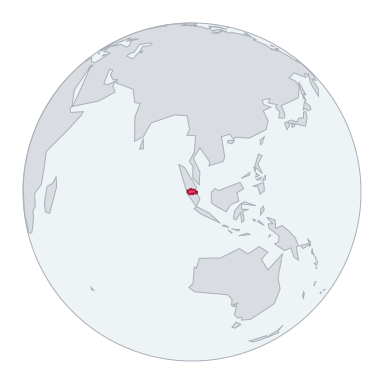 Jambi highlighted on a globe, orthographic projection, rotated 20°
{"feature_id": "IDN-1930", "entity_name": "Jambi", "entity_type": "Province", "adm_level": 1, "iso_a3": "IDN", "parent_name": "Indonesia", "parent_adm1": "", "projection": "orthographic", "projection_center": [102.763, -1.764], "detail": "fine", "context": "on_globe", "style": "filled", "palette": "rose", "viewbox_px": 384, "rotation_deg": 20, "n_neighbors": 0, "source": "natural_earth", "source_scale": "10m", "svg_char_len": 8797}
<svg xmlns="http://www.w3.org/2000/svg" viewBox="0 0 384 384"><g transform="rotate(20 192 192)"><circle cx="192" cy="192" r="169" fill="#eef3f6" stroke="#a8b0b8"/><path d="M350.3,237.6L350.0,238.9L350.0,239.0L350.3,237.6ZM267.4,40.8L266.4,40.3L266.9,40.5L267.4,40.8ZM261.3,37.9L261.9,38.2L264.5,39.4L259.1,37.2L261.7,38.5L251.2,34.0L259.3,37.1L260.3,37.5L261.3,37.9ZM246.2,32.1L244.2,31.4L245.4,31.8L246.2,32.1ZM49.5,101.3L47.0,106.4L51.7,99.7L52.7,104.1L56.8,103.5L67.6,89.5L61.0,90.1L65.1,83.7L74.6,77.6L81.2,78.1L83.0,75.8L83.2,70.6L89.3,66.4L83.9,68.6L82.7,70.9L79.3,72.6L80.2,70.7L82.2,69.1L81.5,68.2L71.8,76.8L69.6,80.0L65.0,82.2L60.8,88.0L58.0,91.1L63.9,82.4L66.8,79.2L72.5,72.6L82.6,63.2L93.5,54.7L94.4,54.3L96.6,52.9L102.1,49.3L101.8,49.8L106.9,46.5L111.0,45.0L110.3,44.3L116.7,40.9L122.6,38.3L124.6,37.3L114.9,41.7L111.2,43.6L108.2,45.4L97.9,51.7L97.6,51.9L108.6,45.1L120.1,39.1L132.0,34.1L134.1,33.3L139.5,31.7L135.0,35.1L130.0,36.8L129.2,36.3L124.1,39.5L127.3,37.9L127.1,38.5L133.2,36.1L133.4,36.5L138.9,33.8L139.8,34.1L136.3,35.8L146.0,33.3L149.5,33.7L151.6,33.0L152.9,32.1L156.5,33.7L157.9,33.2L157.3,32.4L159.7,30.9L165.3,29.2L166.2,29.8L164.3,30.5L161.8,33.3L156.6,35.6L157.5,35.7L162.3,33.9L165.4,30.5L168.5,29.3L167.7,30.7L168.3,30.1L170.1,29.7L172.8,30.1L174.0,28.6L193.0,25.9L200.1,27.0L197.3,28.1L211.6,28.7L218.6,31.0L217.9,30.1L224.4,30.5L222.3,29.7L222.5,29.4L238.0,31.5L242.4,32.9L248.4,33.9L248.1,33.6L245.2,32.5L251.2,34.0L261.7,38.5L261.9,38.8L268.3,41.9L267.8,42.6L270.4,44.9L266.0,44.7L268.4,47.0L270.7,48.0L275.7,52.4L278.0,58.8L266.1,49.0L260.6,41.0L262.0,43.6L258.7,41.8L257.3,42.2L258.6,44.5L260.5,45.4L247.2,45.1L244.2,51.6L251.7,52.6L256.6,56.0L259.7,67.0L246.4,80.4L252.8,87.2L253.3,91.1L248.1,92.7L247.2,86.8L241.7,84.0L242.0,80.8L233.3,82.1L233.3,77.6L226.5,81.4L229.3,85.3L237.0,85.4L231.1,91.3L239.1,99.1L240.3,107.8L227.4,121.9L214.0,125.6L213.2,128.5L207.8,124.7L200.7,130.0L210.8,147.8L210.6,152.8L199.0,161.6L198.7,157.8L184.4,147.8L181.7,159.8L192.6,170.6L196.3,183.0L188.0,178.7L184.2,167.8L179.1,164.0L180.5,153.4L176.2,137.9L167.8,140.4L168.4,134.3L161.3,121.9L149.2,125.5L130.0,141.1L127.3,156.9L120.7,163.9L112.7,141.1L113.0,126.3L107.7,127.7L101.5,115.7L83.7,115.4L83.4,111.8L79.5,113.6L75.5,110.2L75.9,104.5L72.4,105.0L72.1,120.3L76.1,119.9L82.4,113.7L81.3,119.4L85.5,124.4L73.0,138.6L50.3,152.5L51.7,140.8L53.6,110.9L55.6,107.5L55.8,107.1L56.1,106.5L52.4,112.0L54.0,106.4L49.0,126.8L46.5,136.0L49.9,153.2L48.7,155.1L50.9,158.7L62.4,153.7L61.7,157.6L53.9,176.6L41.2,203.5L45.1,221.2L47.8,236.5L44.6,247.3L49.7,259.2L48.8,263.7L51.9,270.5L53.9,278.0L55.4,285.3L52.8,286.3L48.8,280.2L41.7,268.7L31.6,245.2L29.0,236.3L26.8,227.1L24.9,217.1L24.4,213.8L23.3,200.8L23.1,187.7L23.9,174.7L25.8,161.7L28.6,149.0L32.4,136.5L37.2,124.3L42.9,112.5L49.5,101.3ZM68.4,76.8L63.5,82.7L63.7,82.2L59.1,87.8L62.8,83.2L64.3,81.4L68.4,76.8ZM84.3,86.6L90.7,87.2L94.4,78.9L97.1,78.7L97.4,76.2L94.6,78.4L96.1,71.8L101.3,69.7L103.8,66.5L101.8,66.2L92.2,71.3L89.9,80.4L85.6,83.8L84.3,86.6ZM59.0,87.7L59.4,87.3L56.5,91.1L57.5,89.7L59.0,87.7ZM64.6,91.9L61.4,94.7L61.7,93.5L62.7,92.7L64.6,91.9ZM57.3,92.6L57.4,94.1L56.5,93.7L57.3,92.6ZM157.9,26.5L157.2,26.7L155.8,27.0L157.5,26.6L157.9,26.5ZM164.0,25.4L163.8,25.4L163.7,25.4L164.0,25.4ZM129.8,315.9L133.3,318.0L131.0,318.2L129.8,315.9ZM63.0,233.3L65.5,260.6L61.1,260.9L57.1,253.0L53.9,236.5L58.0,231.7L59.1,224.2L63.0,233.3ZM238.5,215.1L243.5,216.4L243.2,217.2L238.5,215.1ZM233.3,211.9L239.1,212.6L232.3,213.5L233.3,211.9ZM241.3,213.0L247.1,212.0L249.6,210.9L249.1,212.6L241.3,213.0ZM229.4,211.6L208.1,209.7L199.6,207.0L201.6,204.2L215.4,205.9L229.4,211.6ZM201.0,204.1L188.0,195.1L170.1,170.7L176.5,171.4L195.2,186.5L194.0,188.9L201.8,195.8L201.0,204.1ZM232.3,191.3L231.0,198.8L219.3,197.1L213.9,195.5L210.2,185.6L212.3,180.9L216.7,181.4L233.6,166.6L239.5,171.1L234.4,177.4L239.2,184.3L232.3,191.3ZM128.0,158.5L131.5,168.1L127.9,169.7L128.0,158.5ZM240.4,156.2L233.6,162.4L239.7,153.8L240.4,156.2ZM243.9,148.0L244.4,151.5L241.6,147.8L243.9,148.0ZM213.1,133.0L208.4,133.5L208.3,131.1L214.1,129.2L213.1,133.0ZM241.1,115.4L241.2,122.0L240.4,124.2L238.2,120.0L241.1,115.4ZM169.2,27.0L160.1,28.4L154.4,30.0L152.4,31.4L151.3,30.4L160.1,27.9L169.2,27.0ZM189.9,25.8L191.6,25.1L193.5,25.4L193.4,25.6L189.9,25.8ZM189.1,25.4L186.3,24.7L188.9,24.3L190.7,24.9L189.1,25.4ZM170.7,24.8L167.9,25.2L168.6,24.9L170.7,24.8ZM311.4,301.3L311.5,303.3L306.7,307.7L300.9,311.9L297.0,312.3L311.4,301.3ZM276.0,305.6L277.7,299.2L283.2,299.8L279.3,305.0L276.0,305.6ZM315.3,298.1L319.6,293.2L323.1,286.1L320.4,292.9L321.6,294.3L312.3,303.1L315.3,298.1ZM260.9,276.3L228.4,284.9L221.7,282.7L224.3,277.7L219.8,261.7L222.1,262.3L221.7,251.8L241.4,244.2L255.8,228.9L265.7,231.1L273.9,220.2L283.8,222.5L280.3,231.5L289.9,239.4L298.2,219.3L302.2,243.3L308.0,253.1L307.5,268.7L290.5,291.8L282.4,295.4L281.7,292.7L278.1,294.8L273.7,292.8L272.9,283.9L269.3,286.0L273.5,280.2L267.9,285.0L266.4,279.3L260.9,276.3ZM331.1,247.7L332.1,248.8L333.1,253.6L331.5,252.2L331.1,247.7ZM347.7,241.2L347.6,243.4L346.8,243.3L347.7,241.2ZM350.0,239.0L349.0,239.1L350.3,237.6L350.0,239.0ZM338.6,236.1L338.9,237.8L338.5,238.1L338.6,236.1ZM338.3,235.4L339.2,233.3L338.8,235.7L338.3,235.4ZM334.2,221.1L334.9,220.1L335.2,221.1L334.2,221.1ZM250.8,217.2L257.8,212.0L261.5,212.0L250.8,217.2ZM333.3,218.2L331.5,217.5L331.8,216.3L333.3,218.2ZM333.6,215.5L333.5,213.7L334.4,218.0L333.6,215.5ZM330.3,210.6L332.4,214.3L330.0,210.9L330.3,210.6ZM328.9,210.6L327.3,208.8L327.4,208.4L328.9,210.6ZM309.0,208.1L315.3,219.6L309.9,218.1L304.0,210.6L298.9,215.4L287.5,212.5L290.3,209.3L288.9,203.6L276.8,199.6L274.4,195.8L278.8,194.1L270.7,190.2L279.6,189.9L283.1,197.6L288.1,192.7L296.5,195.6L304.4,199.5L310.6,206.2L309.0,208.1ZM279.4,205.7L280.9,205.9L279.5,207.9L279.4,205.7ZM324.2,203.9L326.5,208.1L326.2,209.0L325.0,208.1L324.2,203.9ZM312.0,205.3L318.7,200.9L320.3,201.3L315.8,207.1L312.0,205.3ZM317.2,196.6L320.2,198.2L321.7,201.9L321.1,202.7L317.2,196.6ZM261.3,196.5L260.9,198.4L258.5,196.6L261.3,196.5ZM264.3,195.7L271.3,198.8L263.6,197.3L264.3,195.7ZM242.6,186.3L244.7,191.2L251.4,188.9L246.3,192.7L250.7,200.9L249.1,203.7L244.7,194.8L243.0,203.3L240.1,202.9L238.5,195.3L241.6,186.6L244.5,183.2L256.6,183.0L242.6,186.3ZM264.3,190.0L262.4,184.3L263.8,180.9L265.9,184.0L264.3,190.0ZM256.7,170.8L251.6,164.2L247.0,166.0L256.1,158.6L259.6,166.1L256.7,170.8ZM252.2,157.1L247.9,158.7L252.2,154.3L252.2,157.1ZM246.8,156.6L246.2,152.4L249.6,153.3L246.8,156.6ZM254.4,157.5L255.0,150.7L256.8,154.9L254.4,157.5ZM244.4,143.2L251.9,150.6L242.3,146.7L241.4,133.7L245.4,133.8L244.4,143.2ZM263.6,97.0L262.3,93.7L265.8,93.5L265.7,95.8L263.6,97.0ZM276.1,91.4L266.4,92.5L258.3,94.0L261.1,95.9L259.8,101.0L255.3,95.4L260.5,90.4L266.7,90.3L267.1,86.2L271.3,84.2L269.5,79.0L271.1,77.3L274.6,82.2L276.1,91.4ZM268.4,76.8L266.8,68.6L273.7,71.1L275.6,73.5L273.4,76.1L269.9,74.5L268.4,76.8ZM268.4,67.5L265.0,66.1L255.4,54.2L255.1,52.4L266.0,62.0L263.4,61.4L264.6,64.1L268.4,67.5ZM245.1,31.8L244.2,31.5L246.1,32.1L245.1,31.8ZM221.2,29.0L221.8,28.7L223.9,29.2L221.2,29.0ZM224.5,28.2L221.7,27.8L224.3,27.9L224.5,28.2ZM215.4,27.1L220.4,27.5L216.2,27.6L215.4,27.1Z" fill="#d9dde1" stroke="#a8b0b8" stroke-width="1"/><path d="M194.0,189.0L194.3,189.2L194.3,189.3L194.5,189.4L194.5,189.5L194.8,189.6L195.0,189.7L195.0,189.8L195.1,190.0L195.2,189.8L195.3,189.7L195.5,189.7L195.7,189.8L195.8,189.8L196.0,189.8L196.3,190.0L196.4,189.9L196.6,189.8L196.8,189.8L196.9,190.1L196.8,190.3L196.9,190.5L197.0,190.6L197.0,190.9L197.0,191.3L197.1,191.6L197.2,191.8L196.9,191.8L196.7,192.1L196.3,192.2L196.2,192.2L195.5,192.1L195.4,192.1L194.3,192.6L194.2,192.6L194.3,192.7L194.2,193.1L194.3,193.2L194.3,193.3L194.2,193.4L194.0,193.5L194.1,193.8L193.9,193.9L193.6,193.5L193.6,193.4L193.4,193.2L193.3,193.4L193.2,193.4L193.2,193.5L193.3,193.6L193.3,193.8L193.2,193.8L192.8,193.8L192.7,193.8L192.4,193.7L192.3,193.8L192.2,193.8L192.3,194.0L192.1,194.4L192.0,194.5L191.9,194.5L191.6,194.6L191.5,194.8L191.3,194.8L191.2,194.8L190.9,194.8L190.8,194.7L190.6,194.7L190.4,194.7L190.3,194.8L190.2,194.8L189.9,195.0L189.8,194.9L189.7,194.9L189.4,194.8L189.2,194.7L188.9,194.5L188.8,194.4L188.7,194.3L188.7,194.2L188.4,193.7L188.2,193.5L188.1,193.4L187.8,193.6L187.7,193.2L187.6,192.9L187.4,192.8L187.4,192.7L187.2,192.5L187.2,192.3L187.2,192.1L187.1,191.8L187.3,191.8L187.5,191.9L188.0,191.8L188.3,191.7L188.7,191.3L188.8,191.3L188.8,191.2L188.8,190.9L188.8,190.7L189.0,190.5L189.2,190.4L189.3,190.3L189.3,190.2L189.2,190.2L189.1,189.9L189.4,189.7L189.5,189.7L189.7,189.4L189.8,189.4L190.0,189.4L190.3,189.3L190.5,189.4L190.6,189.5L190.8,189.7L190.8,189.8L191.0,189.8L191.3,190.0L191.5,189.9L191.5,189.7L191.8,189.5L191.8,189.4L192.0,189.2L192.5,189.0L193.0,189.1L194.0,189.0L194.0,189.0Z" fill="#f43f5e" stroke="#9f1239" stroke-width="1.5"/></g></svg>